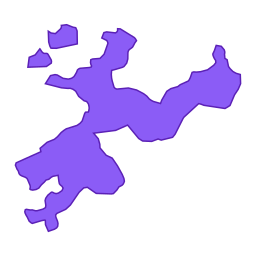 the Canton of Solothurn
{"feature_id": "CHE-3426", "entity_name": "Solothurn", "entity_type": "Canton", "adm_level": 1, "iso_a3": "CHE", "parent_name": "Switzerland", "parent_adm1": "", "projection": "mercator", "projection_center": [7.597, 47.288], "detail": "fine", "context": "isolated", "style": "filled", "palette": "violet", "viewbox_px": 256, "rotation_deg": 0, "n_neighbors": 0, "source": "natural_earth", "source_scale": "10m", "svg_char_len": 3141}
<svg xmlns="http://www.w3.org/2000/svg" viewBox="0 0 256 256"><path d="M85.5,112.2L88.4,112.0L88.8,110.6L89.2,108.0L88.9,105.9L88.4,103.9L87.4,102.5L86.6,101.5L84.1,100.8L78.7,96.4L75.7,91.2L72.9,89.2L70.2,88.3L67.8,88.4L61.4,87.8L45.4,83.7L50.5,75.6L55.0,74.6L57.3,75.0L63.0,78.3L68.3,79.1L71.5,78.3L73.9,76.7L75.3,74.5L76.5,72.4L77.5,69.9L78.7,68.9L80.0,68.3L89.5,67.5L91.2,67.0L91.6,66.0L90.9,64.4L90.5,62.5L90.8,59.7L92.6,59.0L100.0,58.4L104.1,54.2L107.9,43.4L107.7,42.3L106.8,40.5L101.8,38.0L103.9,32.6L106.6,31.9L115.5,32.9L116.8,32.0L117.6,30.7L117.6,28.7L120.3,28.9L134.4,37.6L135.5,38.9L136.5,40.7L134.9,42.8L133.4,45.7L132.5,47.2L131.1,48.3L129.8,49.2L128.9,50.0L128.2,51.3L127.9,52.8L127.8,59.0L126.7,63.1L124.0,66.5L122.5,67.3L114.7,69.6L111.6,70.4L111.3,74.5L111.6,78.1L112.2,80.9L114.0,87.1L115.1,88.4L116.8,89.1L128.4,88.0L136.6,90.0L143.6,93.7L146.8,96.1L149.3,99.0L151.5,100.5L153.5,101.5L160.5,103.5L161.7,100.2L166.8,91.3L170.9,88.6L177.8,86.6L180.2,84.7L188.3,81.0L189.2,79.8L190.3,77.6L192.1,72.4L193.8,71.9L196.4,72.1L200.6,71.7L207.6,69.8L213.8,65.2L215.8,62.7L215.6,60.4L214.4,58.6L213.5,56.7L212.9,54.9L212.9,53.8L214.4,50.6L216.2,45.4L221.3,46.3L224.2,49.8L224.7,51.4L224.8,53.0L224.5,54.0L224.9,58.4L227.1,59.7L228.5,66.5L230.1,68.7L232.9,71.5L236.1,73.3L240.3,74.5L240.6,83.7L238.2,89.3L234.5,94.9L230.0,105.5L227.3,107.2L225.0,108.5L203.9,105.3L201.1,104.2L198.7,103.6L184.0,117.1L183.1,118.4L175.1,134.2L172.6,137.3L161.2,140.1L158.1,139.0L151.7,141.4L142.6,141.0L138.7,138.5L127.6,125.1L115.6,130.4L93.6,133.2L98.3,138.8L98.8,140.7L99.8,144.2L100.0,147.9L106.2,155.3L112.2,158.1L117.5,165.9L122.2,174.4L123.9,178.4L124.4,181.2L123.9,182.7L123.1,184.2L122.0,185.3L118.9,186.9L116.9,190.0L113.4,193.6L111.4,193.9L96.2,193.4L87.4,187.3L83.7,187.9L79.1,192.3L70.4,205.0L65.7,209.3L56.9,213.4L55.7,214.8L55.8,216.9L57.5,221.2L58.0,223.5L57.7,226.3L56.6,227.9L54.5,229.2L48.4,231.3L45.5,224.7L45.3,220.3L44.5,220.1L41.7,220.6L32.3,223.4L31.1,222.8L29.2,221.2L27.2,217.0L26.1,215.2L25.2,213.3L24.8,211.8L25.3,209.7L26.4,209.3L30.2,210.0L32.3,209.9L35.6,210.8L37.2,210.7L43.0,209.1L45.5,207.6L45.8,205.3L45.1,200.6L45.7,198.3L47.8,195.2L51.4,192.2L52.5,192.2L54.1,193.1L56.1,193.6L58.4,193.1L62.0,190.6L63.1,188.1L62.0,186.3L60.5,185.1L59.4,183.8L58.9,181.5L58.1,175.3L53.0,176.3L51.3,177.2L48.8,179.3L46.1,180.0L44.3,182.1L41.4,184.8L38.8,188.1L36.1,189.5L32.7,190.1L30.7,189.7L29.9,189.1L30.1,188.1L30.3,187.0L30.1,185.5L27.8,180.0L27.0,178.4L25.4,177.3L21.8,175.9L20.2,175.0L19.1,173.7L18.2,170.8L17.0,169.1L15.4,165.1L16.2,162.8L40.9,151.7L40.1,148.3L47.1,142.3L54.4,139.3L57.5,136.7L61.2,132.5L64.0,130.3L66.3,128.8L77.1,125.4L80.2,123.2L82.2,120.9L84.7,113.4L85.5,112.2ZM55.4,33.6L60.4,29.0L61.0,28.2L61.4,26.8L61.5,25.6L61.4,25.4L66.7,24.7L73.0,27.2L75.7,27.7L76.5,29.4L77.1,31.0L77.3,43.9L56.4,48.3L51.0,48.2L50.3,47.0L49.8,45.9L48.7,42.0L48.3,31.2L51.1,33.0L55.4,33.6ZM29.2,57.3L35.2,54.9L39.9,48.8L40.0,48.9L41.6,51.4L42.0,51.9L42.8,52.7L43.7,53.3L44.5,53.4L46.7,53.4L47.5,53.7L48.2,54.6L51.2,59.9L51.5,61.3L51.3,63.1L46.4,66.5L27.9,67.2L29.2,57.3Z" fill="#8b5cf6" stroke="#5b21b6" stroke-width="1.5"/></svg>